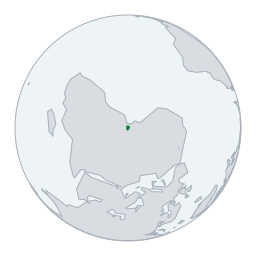 Ouest on an orthographic globe, rotated 149°
{"feature_id": "CMR-798", "entity_name": "Ouest", "entity_type": "Province", "adm_level": 1, "iso_a3": "CMR", "parent_name": "Cameroon", "parent_adm1": "", "projection": "orthographic", "projection_center": [10.725, 5.593], "detail": "fine", "context": "on_globe", "style": "filled", "palette": "green", "viewbox_px": 256, "rotation_deg": 149, "n_neighbors": 0, "source": "natural_earth", "source_scale": "10m", "svg_char_len": 8090}
<svg xmlns="http://www.w3.org/2000/svg" viewBox="0 0 256 256"><g transform="rotate(149 128 128)"><circle cx="128" cy="128" r="113" fill="#eef3f6" stroke="#a8b0b8"/><path d="M93.4,20.8L93.9,20.7L90.7,21.7L89.9,22.0L89.3,22.2L87.5,22.9L88.7,22.5L84.8,24.1L89.5,22.3L87.0,23.4L84.2,24.6L83.5,24.7L79.0,26.6L93.4,20.8ZM66.2,33.8L63.7,35.7L60.7,37.8L57.4,40.5L59.5,39.1L62.9,36.5L66.0,34.8L69.7,32.2L71.5,31.2L75.7,28.8L76.1,29.1L74.3,30.8L70.8,32.9L69.9,33.9L74.1,32.0L68.4,36.5L66.2,40.8L64.7,42.2L60.0,44.1L57.8,43.4L51.7,47.3L56.7,44.9L52.7,49.0L52.5,49.8L53.3,49.8L55.3,48.4L54.1,50.0L48.7,52.7L49.7,51.3L51.4,50.3L50.3,50.2L46.7,52.6L44.9,54.8L41.3,57.2L40.0,59.0L38.5,60.7L40.8,57.7L36.5,63.4L32.0,69.2L26.1,80.1L28.6,75.0L32.6,68.0L37.2,61.4L42.2,55.1L47.6,49.1L53.4,43.6L59.7,38.5L66.2,33.8ZM16.9,109.4L16.9,109.2L16.7,111.6L17.8,107.3L18.9,105.3L17.7,111.8L19.3,106.1L19.3,109.5L22.4,110.4L21.8,111.8L24.2,120.4L28.8,124.9L29.8,130.0L29.1,132.8L31.1,134.1L31.2,136.0L40.9,140.6L47.4,146.3L48.2,153.1L44.7,160.3L46.0,176.2L41.0,180.4L42.7,186.7L44.1,195.2L40.6,193.8L44.8,198.7L45.4,201.1L44.1,200.8L46.5,203.9L45.7,203.7L48.2,206.0L50.8,209.6L54.8,213.2L57.8,216.0L60.5,218.1L60.1,217.8L60.8,218.4L62.2,219.4L61.7,219.1L54.3,213.2L47.5,206.7L45.3,204.5L46.1,205.3L44.8,203.9L38.7,196.6L33.8,189.4L23.3,167.5L21.5,162.9L19.2,157.0L17.5,150.0L16.2,142.1L15.5,134.1L15.4,126.1L15.7,120.9L16.6,112.0L16.7,110.5L16.5,111.8L16.9,109.4ZM24.3,84.1L24.4,83.8L22.8,90.1L22.1,90.2L22.5,89.3L23.3,86.8L24.1,84.5L24.3,84.1ZM27.3,78.1L27.5,77.5L27.3,78.1ZM75.2,28.9L75.4,28.9L74.5,29.3L75.2,28.9ZM76.7,28.0L75.5,28.5L76.1,28.2L76.8,27.8L76.7,28.0ZM78.1,27.4L77.3,27.5L78.3,27.0L82.0,25.3L78.1,27.4ZM97.9,19.5L98.1,19.4L96.9,19.7L97.9,19.5ZM96.4,19.9L98.3,19.4L97.3,19.7L94.4,20.5L96.4,19.9ZM94.8,21.1L94.7,20.9L96.4,20.3L94.8,21.1ZM99.1,19.2L99.4,19.1L100.1,18.9L101.1,18.7L99.1,19.2ZM104.1,18.0L100.4,18.9L100.2,19.3L98.7,19.7L99.3,19.1L104.1,18.0ZM103.6,18.0L101.7,18.5L100.5,18.8L103.6,18.0ZM104.4,17.9L105.3,17.7L104.6,17.9L104.4,17.9ZM107.5,17.3L106.3,17.6L105.5,17.7L107.5,17.3ZM107.9,17.2L109.2,16.9L105.9,17.6L107.6,17.2L107.9,17.2ZM111.3,16.8L107.3,17.6L105.5,17.8L109.6,17.0L111.3,16.8ZM62.3,219.5L62.6,219.7L60.8,218.3L64.9,221.1L65.6,221.7L62.9,219.9L62.3,219.5ZM61.9,218.3L61.8,217.7L62.8,218.3L63.1,218.9L61.9,218.3ZM238.1,104.2L237.6,102.1L239.1,110.3L239.8,114.1L240.4,120.8L239.9,115.5L239.5,113.2L238.3,106.1L235.6,96.0L235.6,98.2L234.3,94.1L230.5,86.3L229.8,89.3L229.5,101.0L231.5,111.7L230.5,116.7L224.3,101.9L220.5,92.0L218.9,93.2L212.0,85.5L201.8,86.1L199.8,83.7L198.0,85.1L193.1,82.9L189.8,79.0L187.1,79.6L195.6,89.9L198.5,89.5L200.1,85.0L202.0,88.9L206.7,92.1L203.5,102.3L187.5,112.5L185.0,104.6L168.3,84.1L168.3,81.8L168.2,81.5L167.9,81.1L167.3,84.9L164.1,81.0L174.0,95.1L176.1,101.5L187.3,113.0L186.4,114.3L189.8,116.6L199.4,112.8L199.6,115.5L195.6,128.5L181.5,146.8L182.9,158.3L181.1,168.3L171.2,175.4L171.0,182.9L165.8,185.8L164.7,190.1L159.9,194.8L152.3,199.4L140.4,199.9L140.5,196.1L135.8,188.8L129.7,170.7L133.6,162.1L132.9,155.5L124.2,141.1L126.2,133.0L123.6,129.6L118.5,130.6L115.5,126.6L112.4,126.6L92.0,129.9L85.3,124.7L76.3,108.8L79.6,102.5L79.4,95.2L101.8,71.0L107.5,72.2L126.1,68.7L128.6,69.5L127.4,74.8L142.1,80.9L145.8,76.3L158.2,79.4L165.8,79.0L166.8,69.0L154.3,69.5L151.2,64.9L160.4,60.5L171.2,60.7L170.3,59.0L162.7,55.3L164.4,52.2L160.0,53.9L162.4,55.6L159.7,56.8L157.3,55.4L158.0,54.3L154.5,53.7L152.2,59.9L154.4,62.2L145.7,63.8L148.5,68.0L146.5,70.1L141.0,63.8L140.9,61.5L131.3,55.4L130.6,57.9L139.6,64.0L137.2,63.6L136.3,67.6L135.0,64.2L125.4,57.5L117.1,59.4L107.9,69.6L102.7,70.7L97.7,69.0L99.7,59.0L111.0,57.8L111.8,54.8L108.4,50.8L112.1,50.9L112.1,49.3L116.2,48.9L120.9,44.9L125.0,44.4L125.7,39.8L127.8,39.1L126.8,41.9L128.2,43.7L138.2,43.1L139.8,42.1L139.4,39.4L142.2,39.8L140.6,37.2L145.8,36.1L138.1,35.5L137.5,32.8L140.0,30.8L138.4,29.9L134.4,33.3L134.0,34.9L135.9,36.3L133.6,41.0L130.5,42.0L127.6,37.0L122.8,38.0L122.7,34.2L133.7,26.5L138.9,25.3L149.8,28.1L149.3,29.5L145.1,29.1L150.0,31.7L149.1,30.4L151.4,30.9L151.4,29.0L153.0,29.3L150.2,27.0L152.3,27.2L154.0,28.6L155.7,26.3L159.6,26.5L159.2,25.9L157.6,25.2L163.6,26.2L163.0,25.7L160.9,25.2L158.3,24.0L156.2,22.4L158.4,22.8L159.4,23.4L164.9,25.6L167.4,27.5L168.1,27.6L166.4,26.0L159.8,23.3L157.9,22.3L161.1,23.4L159.8,22.9L159.5,22.5L161.3,22.7L157.8,21.5L152.0,18.3L154.8,18.7L158.4,19.7L157.3,19.2L165.1,21.7L172.8,24.6L180.2,28.2L187.3,32.3L194.2,36.8L200.6,41.9L206.7,47.4L212.4,53.4L217.6,59.7L222.3,66.5L226.6,73.5L230.3,80.8L233.5,88.4L236.1,96.2L238.1,104.2ZM95.2,83.0L94.9,85.1L95.2,83.0ZM183.5,66.4L189.4,66.6L185.2,60.8L187.1,60.5L185.0,58.8L184.9,60.4L179.4,55.8L181.4,54.1L179.9,51.8L177.8,51.6L175.1,55.6L182.9,62.0L182.2,64.5L183.5,66.4ZM22.5,110.3L22.7,111.7L22.1,111.6L22.5,110.3ZM21.2,92.7L21.2,93.0L21.0,94.1L20.8,94.3L21.2,92.7ZM23.6,94.6L24.0,95.4L23.2,95.6L23.6,94.6ZM22.7,90.9L23.2,94.2L21.6,95.5L21.5,93.6L22.1,93.4L22.7,90.9ZM25.6,81.5L25.4,82.1L24.9,83.2L25.6,81.5ZM27.4,78.2L27.3,78.3L27.7,77.3L27.4,78.2ZM53.0,48.8L53.4,48.6L53.9,49.0L52.9,49.6L53.0,48.8ZM60.6,47.1L58.6,49.8L59.4,48.1L57.6,49.2L57.0,47.3L63.8,42.8L60.8,45.1L60.6,47.1ZM58.0,44.0L57.7,45.4L57.8,44.1L58.0,44.0ZM107.8,42.0L109.6,42.8L108.5,44.6L103.4,46.2L104.8,43.5L107.8,42.0ZM112.3,43.6L110.9,38.7L114.1,37.8L112.6,39.1L114.8,39.0L112.9,41.1L117.3,45.3L116.6,47.3L107.5,48.7L110.8,47.0L108.9,46.2L112.3,43.6ZM101.8,30.9L101.3,29.6L108.8,29.2L108.5,30.5L103.3,31.9L100.7,31.3L101.8,30.9ZM84.9,24.8L84.2,24.9L85.1,24.5L86.4,24.1L84.9,24.8ZM94.6,21.0L88.9,24.0L87.8,24.3L85.8,26.2L82.1,27.6L83.5,26.2L79.2,29.0L79.0,28.3L76.4,30.3L80.0,27.0L79.6,26.8L81.4,26.4L84.8,25.1L86.2,24.4L89.8,22.6L90.7,21.8L94.3,20.6L96.5,20.0L96.8,20.0L94.4,20.7L96.5,20.2L93.3,21.3L94.6,21.0ZM120.5,18.0L117.6,18.0L121.4,18.7L118.2,19.1L118.8,19.2L116.9,19.9L115.6,20.9L114.0,21.1L114.2,21.5L113.0,22.0L112.7,22.7L109.8,23.2L109.2,24.1L108.1,23.9L108.0,25.3L106.8,24.6L105.0,25.5L107.1,25.7L91.9,28.9L86.4,31.4L82.5,34.0L81.0,32.8L83.7,29.8L88.5,26.5L94.0,24.5L92.3,24.5L94.4,23.6L94.9,24.0L95.5,23.0L97.3,22.4L101.6,20.4L101.3,19.7L102.9,19.1L104.0,19.1L104.8,18.6L107.8,18.3L109.0,17.9L113.2,17.5L114.6,18.0L115.8,17.6L119.1,17.4L120.5,18.0ZM112.5,16.7L114.8,16.8L114.2,17.2L107.1,17.9L105.6,18.3L101.1,19.1L102.1,18.6L103.3,18.3L104.7,18.0L103.8,18.3L105.6,17.9L107.3,17.6L109.1,17.3L109.4,17.4L112.5,16.7ZM130.9,67.4L132.7,67.6L135.4,67.2L134.9,69.9L130.9,67.4ZM124.2,62.8L125.8,62.4L126.4,65.7L124.5,65.7L124.2,62.8ZM126.1,59.6L125.8,62.1L124.8,60.7L126.1,59.6ZM128.2,41.5L129.8,41.1L130.2,41.7L129.5,42.7L128.2,41.5ZM130.9,21.3L129.3,21.0L129.6,20.8L127.9,19.7L130.1,19.5L132.1,20.0L130.9,21.3ZM165.0,70.8L163.1,72.8L161.8,71.9L162.7,71.4L165.0,70.8ZM148.5,71.3L152.6,72.4L148.4,72.0L148.5,71.3ZM133.0,20.9L132.0,20.4L133.7,20.6L133.0,20.9ZM131.7,19.3L133.6,19.4L130.2,19.3L131.7,19.3ZM191.3,215.9L190.8,217.1L189.7,217.3L191.3,215.9ZM197.5,165.6L188.6,183.3L184.1,183.7L184.1,178.7L188.0,168.1L193.6,164.7L196.5,159.8L197.5,165.6ZM240.6,131.3L239.6,118.3L240.0,118.4L240.5,123.2L240.6,131.3ZM231.9,112.7L233.8,118.9L233.0,120.1L231.9,112.7ZM150.6,20.5L150.6,22.1L152.0,23.5L155.1,24.7L150.7,23.9L148.5,21.7L150.6,20.5ZM151.6,18.4L148.8,17.8L150.0,17.9L150.8,18.1L151.6,18.4ZM149.9,18.2L146.6,17.8L145.1,17.3L148.0,17.7L149.9,18.2ZM139.9,18.7L139.7,19.1L138.3,18.9L139.9,18.7Z" fill="#d9dde1" stroke="#a8b0b8" stroke-width="1"/><path d="M128.7,126.7L128.8,126.7L129.1,126.7L129.1,126.8L129.1,127.0L129.1,127.3L129.1,127.5L129.0,127.8L128.9,127.8L129.0,127.8L128.9,127.9L128.9,128.0L129.0,128.1L128.9,128.2L128.9,128.3L128.8,128.5L128.7,128.5L128.7,128.8L128.5,129.0L128.4,129.2L128.4,129.3L128.3,129.2L128.2,129.2L127.8,129.4L127.7,129.4L127.4,129.3L127.4,129.2L127.2,129.0L126.9,129.2L126.9,129.3L126.8,129.2L126.7,129.2L126.6,128.9L126.6,128.7L126.4,128.6L126.4,128.4L126.5,128.2L126.7,127.9L126.8,127.8L126.8,127.7L127.0,127.6L127.6,127.5L127.8,127.5L127.8,127.4L127.9,127.2L128.0,127.1L128.3,127.1L128.5,127.1L128.6,126.9L128.6,126.7L128.7,126.7Z" fill="#22c55e" stroke="#15803d" stroke-width="1.5"/></g></svg>